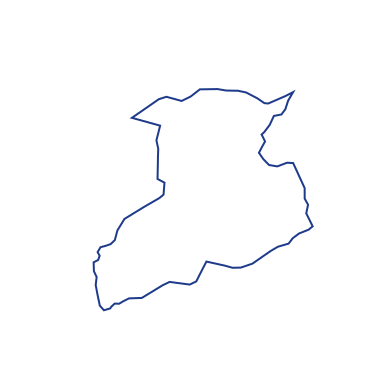 Mingala, Basse-Kotto, Central African Republic (orthographic projection), rotated 57°
{"feature_id": "33826404B71517620333215", "entity_name": "Mingala", "entity_type": "district", "adm_level": 2, "iso_a3": "CAF", "parent_name": "Central African Republic", "parent_adm1": "Basse-Kotto", "projection": "orthographic", "projection_center": [21.601, 5.165], "detail": "fine", "context": "isolated", "style": "outline", "palette": "blue", "viewbox_px": 384, "rotation_deg": 57, "n_neighbors": 0, "source": "geoboundaries", "source_scale": "gbopen_adm2", "svg_char_len": 1154}
<svg xmlns="http://www.w3.org/2000/svg" viewBox="0 0 384 384"><g transform="rotate(57 192 192)"><path d="M258.2,217.8L271.4,204.8L277.6,199.3L282.0,192.2L285.0,180.3L284.3,158.0L284.7,149.7L287.9,139.1L285.6,132.5L285.1,124.8L287.1,114.7L286.5,109.5L272.1,107.8L265.9,101.6L258.9,101.1L250.1,95.4L222.8,91.4L219.2,96.4L217.0,106.5L211.3,112.7L203.1,114.3L195.6,114.5L192.5,109.1L189.4,103.2L181.7,102.3L181.1,98.7L178.0,90.2L172.8,81.9L175.7,74.8L173.4,68.6L167.8,61.7L163.3,52.8L162.4,61.5L159.3,79.9L156.9,82.9L149.0,86.2L138.0,92.4L132.2,98.2L125.5,108.1L119.6,114.5L110.2,129.5L111.2,141.1L110.0,151.1L98.2,161.6L96.1,169.4L97.1,202.0L119.0,182.6L129.3,193.7L137.4,196.8L143.4,201.0L162.3,213.8L169.2,210.0L178.7,217.3L179.3,222.6L178.4,240.3L177.8,263.3L183.6,275.5L190.3,282.9L191.4,288.6L190.3,293.1L188.5,298.8L191.0,303.9L195.2,304.2L197.9,307.7L197.4,312.8L205.0,317.4L211.4,318.3L217.5,323.4L226.5,327.1L237.1,331.2L243.2,330.3L245.1,324.0L244.3,322.3L243.5,317.6L246.0,314.0L246.2,309.1L246.9,302.8L253.5,291.8L254.2,267.6L255.2,259.8L268.4,244.3L269.3,237.1L261.7,224.0L258.2,217.8Z" fill="none" stroke="#1e3a8a" stroke-width="2"/></g></svg>